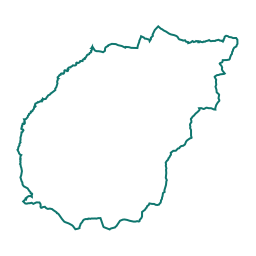 the district of Bone Bolango, Gorontalo, Indonesia, rotated 89°
{"feature_id": "22746128B41707288718561", "entity_name": "Bone Bolango", "entity_type": "district", "adm_level": 2, "iso_a3": "IDN", "parent_name": "Indonesia", "parent_adm1": "Gorontalo", "projection": "robinson", "projection_center": [123.251, 0.556], "detail": "fine", "context": "isolated", "style": "outline", "palette": "teal", "viewbox_px": 256, "rotation_deg": 89, "n_neighbors": 0, "source": "geoboundaries", "source_scale": "gbopen_adm2", "svg_char_len": 5738}
<svg xmlns="http://www.w3.org/2000/svg" viewBox="0 0 256 256"><g transform="rotate(89 128 128)"><path d="M221.7,118.8L221.3,118.1L219.9,117.8L218.4,116.3L216.7,115.5L212.2,115.4L209.9,112.3L208.6,111.6L208.0,110.8L206.3,110.1L205.6,108.8L203.8,107.9L204.3,105.4L204.4,103.2L205.3,101.6L205.5,100.0L205.1,98.3L204.1,97.7L203.2,96.7L202.2,96.4L201.0,96.3L199.5,95.3L198.1,95.2L197.0,94.7L193.9,94.2L193.4,93.9L192.6,92.5L190.9,92.7L185.6,91.0L182.0,90.6L180.8,90.1L178.5,91.1L173.7,90.5L170.4,90.7L169.0,90.3L166.5,90.9L165.1,90.6L163.2,90.9L161.5,89.7L160.3,88.4L159.0,88.1L158.2,87.2L156.6,86.4L155.6,85.6L155.1,85.5L153.5,85.7L151.6,83.1L151.6,81.2L151.5,80.5L149.4,78.5L149.1,77.1L148.1,76.5L147.0,75.1L146.7,73.1L145.5,71.4L142.5,70.1L141.4,69.1L139.5,66.3L139.0,64.7L138.5,64.6L136.9,65.1L131.1,65.0L129.2,65.9L127.6,65.6L126.0,66.0L124.9,65.7L123.2,64.5L121.6,64.6L120.3,65.0L119.8,64.9L118.9,63.9L117.7,63.2L117.0,62.1L114.7,60.1L113.4,58.4L111.4,56.3L110.6,56.1L109.5,56.6L109.4,54.4L110.3,52.2L110.2,51.5L109.1,49.4L109.1,48.8L109.6,47.0L109.7,44.4L110.9,41.9L111.1,40.3L109.8,40.4L106.6,39.4L104.1,37.8L102.5,36.3L101.7,36.2L99.8,37.0L96.5,36.3L95.7,36.7L93.9,38.7L91.2,38.9L88.2,39.8L86.3,39.0L83.2,39.3L81.3,39.0L78.4,40.5L77.9,40.1L76.7,38.1L76.5,36.2L76.0,35.1L75.6,31.0L75.2,30.3L72.2,32.6L70.9,33.1L69.1,32.8L67.3,33.6L65.7,35.0L65.2,35.2L64.8,34.9L63.9,32.7L63.2,32.3L61.8,32.1L61.8,28.2L61.4,25.7L60.8,25.1L58.7,24.5L56.6,23.6L56.0,22.9L53.4,22.4L52.8,21.8L51.4,21.6L49.5,20.4L48.3,18.2L47.1,17.9L45.8,17.1L41.7,17.1L39.9,18.3L39.9,21.4L39.1,23.1L38.8,25.4L37.9,26.6L37.5,28.3L38.4,29.7L39.7,30.0L41.0,30.7L41.8,30.8L43.2,31.6L42.3,32.4L42.6,33.1L42.2,33.7L42.2,34.6L41.4,35.8L42.0,38.7L42.5,39.4L42.4,41.9L42.6,43.0L42.6,43.9L41.5,45.4L41.9,46.0L42.6,48.9L43.1,49.6L42.9,50.8L43.5,51.7L43.2,53.6L42.6,54.4L42.9,55.1L43.5,55.4L43.5,56.2L42.4,56.2L42.3,56.6L42.6,57.2L42.2,58.4L42.7,58.8L43.2,60.8L42.4,61.6L42.2,62.1L43.1,63.1L43.7,64.3L44.2,66.3L43.2,66.4L43.2,67.2L42.9,67.4L42.7,68.5L41.3,69.4L41.6,71.4L41.2,72.0L40.3,75.1L39.7,75.8L38.0,76.7L36.9,77.9L36.0,80.1L35.2,83.4L34.4,85.2L32.3,88.2L31.1,90.6L29.9,92.1L29.3,93.4L26.9,96.0L30.5,99.5L35.1,101.8L36.3,101.5L38.1,103.5L39.5,103.5L41.6,104.9L41.3,105.0L40.5,104.7L39.9,105.3L39.6,106.7L39.0,108.3L39.0,109.5L37.8,110.6L36.5,113.3L37.9,113.7L41.1,115.2L41.9,115.2L45.7,116.7L48.2,117.2L47.9,123.5L47.2,125.6L46.9,128.5L47.1,128.6L47.0,129.1L47.6,129.4L47.5,129.6L45.9,132.8L45.0,136.5L43.9,138.7L43.6,142.7L44.8,145.9L45.3,146.7L45.7,146.6L46.9,148.9L48.0,149.5L50.4,149.7L51.8,151.6L51.2,153.4L50.7,155.9L50.7,157.8L50.2,159.3L49.6,160.0L46.6,161.8L46.7,162.5L46.4,162.5L46.9,162.8L47.0,162.4L47.2,162.5L47.2,162.8L47.3,162.9L47.3,162.7L48.3,162.5L49.8,163.1L50.1,163.6L51.2,163.4L51.7,163.7L52.3,165.0L53.5,165.6L54.0,166.8L53.9,167.0L54.3,167.6L56.8,169.0L57.2,169.9L58.1,169.8L58.5,170.6L58.4,171.3L59.3,172.2L60.3,172.3L60.2,174.4L60.5,174.9L61.4,175.1L62.1,176.4L62.1,177.2L61.7,178.0L62.2,178.7L63.7,178.6L64.3,179.1L64.6,180.1L64.4,182.0L65.1,182.6L65.7,183.9L66.4,184.4L66.3,185.3L66.7,186.4L67.8,187.2L68.4,186.7L68.7,187.2L69.7,187.0L69.9,187.2L70.1,187.9L69.3,189.1L69.2,190.3L69.5,190.6L70.6,190.6L72.3,191.2L72.7,192.0L72.3,192.3L72.3,193.7L72.7,194.3L73.6,194.4L73.9,195.6L75.0,196.3L76.1,197.5L77.0,197.3L77.3,196.9L77.4,197.3L79.2,197.5L79.9,198.0L81.3,198.0L82.0,197.7L86.0,199.0L87.4,200.1L88.8,200.0L91.9,204.2L92.1,204.8L92.7,205.0L93.2,205.5L94.0,207.3L94.7,207.8L95.2,207.9L95.7,208.6L97.5,209.7L97.7,211.5L97.5,212.3L97.2,212.7L98.1,212.9L98.4,213.4L99.0,213.0L99.6,213.4L99.4,213.6L99.6,213.6L99.9,214.4L99.6,214.7L99.8,215.4L100.7,217.0L100.9,217.8L100.7,217.9L101.5,218.9L102.0,220.2L103.8,220.8L104.2,220.3L104.7,220.0L105.2,220.4L105.3,221.4L107.2,221.8L108.7,223.1L109.3,223.2L109.8,223.9L109.7,224.6L110.0,224.9L110.6,224.7L111.1,225.0L111.9,226.0L112.1,226.7L113.3,226.9L113.9,227.8L115.2,228.0L117.0,229.6L117.5,230.5L117.5,231.8L119.5,231.1L120.1,231.2L120.3,231.6L121.1,231.0L121.7,231.2L122.2,231.8L122.3,232.4L121.8,233.1L121.9,233.3L122.8,233.4L123.9,234.0L124.7,234.1L124.9,233.9L125.4,234.3L127.0,234.7L127.4,234.5L127.5,233.5L127.8,232.9L128.5,232.6L130.2,233.7L130.5,234.6L131.3,234.5L132.2,234.8L133.3,234.9L135.7,235.7L137.6,235.6L139.6,236.0L140.6,235.7L141.7,236.7L142.5,236.9L143.5,236.8L145.0,237.9L147.3,238.3L147.9,238.9L150.4,237.6L151.6,237.3L152.8,236.1L153.2,235.2L154.2,235.9L156.7,236.3L156.8,235.9L157.1,235.8L158.0,236.3L158.9,236.0L159.6,236.3L161.0,236.0L162.1,236.6L162.7,236.1L164.9,235.8L165.8,235.4L169.3,234.8L173.4,235.6L175.5,236.4L179.4,235.3L180.5,234.6L182.8,234.4L184.5,233.2L186.6,229.4L189.2,227.8L190.1,226.8L191.4,226.5L191.6,225.5L192.2,225.0L193.0,225.1L193.7,225.9L194.8,225.3L195.2,225.3L194.3,226.6L194.4,228.6L195.7,230.5L196.2,230.6L196.4,231.5L196.9,231.6L197.4,231.1L197.7,231.2L197.3,231.9L197.8,232.1L199.6,234.1L201.7,232.0L201.9,230.4L201.5,229.2L201.5,227.5L201.1,225.6L202.2,224.0L200.8,220.9L200.9,217.8L202.6,216.8L204.1,216.7L205.0,216.9L206.1,216.5L206.3,215.7L205.6,214.5L205.3,212.5L206.6,211.3L207.3,210.1L207.5,209.5L207.2,207.5L207.8,205.2L208.6,204.4L211.0,201.0L211.9,200.6L211.9,200.1L212.9,198.9L217.8,195.6L220.4,193.5L221.0,192.5L222.3,189.1L224.2,185.7L225.0,184.8L228.3,182.4L227.8,179.8L227.2,178.2L226.1,178.2L224.1,177.3L223.3,177.2L220.7,175.0L219.8,174.7L218.8,173.5L218.3,171.9L218.4,169.7L217.9,169.3L217.9,168.4L218.2,167.4L217.9,166.4L217.9,162.1L218.1,161.4L217.6,159.3L217.6,157.1L226.3,154.3L226.7,153.9L229.1,148.1L228.6,147.7L228.1,146.6L227.2,142.7L226.6,142.3L225.9,141.3L220.6,137.6L219.5,134.7L219.4,133.0L219.9,130.5L220.8,127.9L221.7,123.9L221.7,122.1L221.3,120.5L221.7,118.8Z" fill="none" stroke="#0f766e" stroke-width="2"/></g></svg>